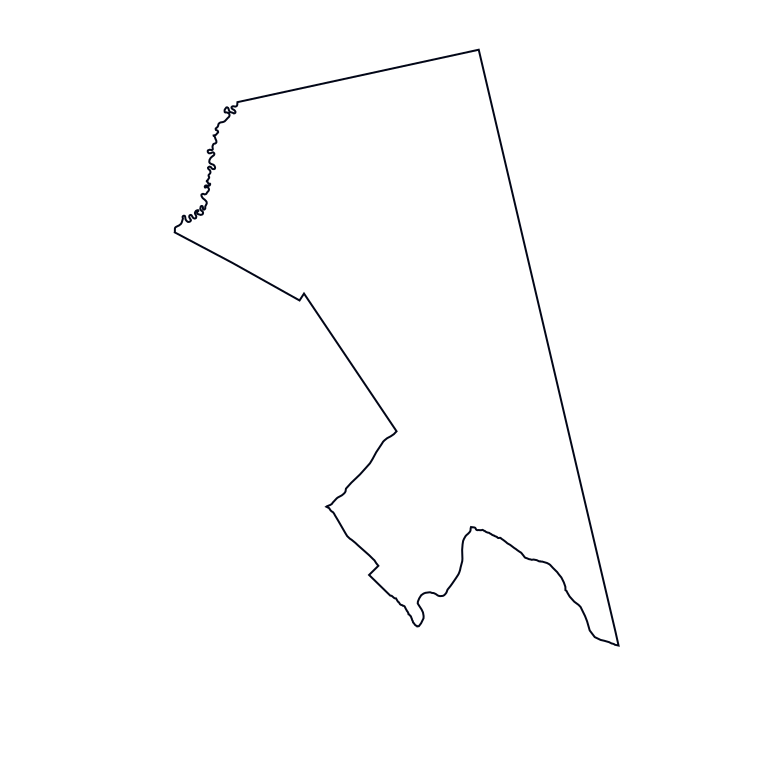 Chavuma, North-Western, Zambia, rotated 77°
{"feature_id": "96606910B52944150437375", "entity_name": "Chavuma", "entity_type": "district", "adm_level": 2, "iso_a3": "ZMB", "parent_name": "Zambia", "parent_adm1": "North-Western", "projection": "orthographic", "projection_center": [22.463, -13.294], "detail": "fine", "context": "isolated", "style": "outline", "palette": "ink", "viewbox_px": 768, "rotation_deg": 77, "n_neighbors": 0, "source": "geoboundaries", "source_scale": "gbopen_adm2", "svg_char_len": 6095}
<svg xmlns="http://www.w3.org/2000/svg" viewBox="0 0 768 768"><g transform="rotate(77 384 384)"><path d="M76.4,463.4L78.3,464.0L78.5,464.0L79.0,464.2L79.6,464.6L80.0,465.0L80.2,465.6L80.3,466.4L79.5,468.3L79.4,469.3L79.9,470.2L80.4,470.4L81.0,470.4L81.8,470.0L83.5,468.2L84.6,467.7L85.4,467.5L86.2,467.8L86.6,468.5L86.6,469.4L85.7,470.4L84.4,472.7L83.8,473.2L82.4,473.5L80.7,473.6L79.9,473.8L79.1,474.7L79.1,475.4L79.9,476.4L80.9,477.5L82.0,477.9L83.2,478.0L83.7,477.6L84.0,476.1L85.3,474.4L86.3,474.0L87.3,474.0L88.0,474.3L88.8,474.9L89.8,476.6L91.6,479.2L92.2,480.2L92.4,481.1L92.5,481.9L92.5,482.9L92.4,483.7L92.4,484.6L92.6,485.4L93.2,486.5L93.9,487.0L95.2,487.6L96.1,488.4L97.2,490.5L98.0,490.7L98.7,490.6L99.7,489.2L100.6,488.9L101.4,489.0L101.8,489.4L102.3,490.3L103.2,491.4L103.5,492.1L103.5,494.1L104.0,494.1L104.4,493.6L104.7,493.4L105.4,493.2L107.1,493.1L109.0,492.7L109.7,492.7L110.9,493.0L111.4,493.6L111.7,494.3L111.6,494.9L111.8,496.1L112.3,496.6L113.7,497.6L115.3,497.9L116.1,497.9L116.7,498.0L117.2,498.5L117.3,498.9L117.3,499.4L116.8,500.4L116.5,501.2L116.8,503.0L117.2,503.3L118.2,503.5L119.1,503.2L119.8,502.6L120.0,501.9L120.1,500.9L119.7,498.9L119.9,498.3L120.4,497.9L121.1,497.5L121.7,497.6L122.3,497.8L122.8,498.3L123.1,498.8L123.4,499.7L124.6,501.9L125.4,502.7L126.4,503.6L128.0,504.2L128.7,504.3L129.6,504.0L130.7,502.9L132.0,500.9L133.0,500.2L134.4,499.9L135.2,499.9L136.1,500.3L136.4,501.1L136.3,501.6L135.9,502.7L135.0,503.4L133.9,503.8L133.5,504.2L133.1,504.7L132.9,505.2L133.2,506.1L133.6,506.8L134.5,506.9L135.5,506.4L135.9,506.0L136.6,505.6L137.5,505.4L138.5,505.4L139.5,505.9L141.0,507.9L141.7,508.1L142.3,508.0L143.0,507.8L143.8,508.0L144.4,508.7L145.4,509.5L146.2,510.9L146.6,511.1L147.1,510.9L147.5,510.4L148.7,510.2L149.2,509.9L149.5,509.6L149.6,508.6L149.9,508.4L150.4,508.5L151.2,509.1L151.4,509.7L151.4,510.3L151.2,510.9L150.5,512.7L150.6,513.5L151.0,514.0L151.5,514.3L152.2,514.2L152.4,513.8L152.2,512.4L152.5,511.9L153.0,511.3L153.9,510.8L154.9,510.7L155.8,511.1L156.5,511.7L157.5,513.2L158.6,514.2L158.9,514.8L158.9,516.2L158.2,517.1L158.0,517.6L158.0,518.2L158.3,519.1L158.8,519.4L159.8,519.5L160.7,519.3L162.1,518.8L163.2,518.0L164.0,517.3L165.8,516.2L166.7,515.9L167.6,516.0L168.4,516.2L170.5,518.0L171.4,518.4L172.2,518.5L172.8,518.7L173.2,519.1L173.5,519.6L173.6,520.1L173.5,520.4L173.1,520.8L172.7,521.0L171.2,520.7L170.1,520.8L169.8,521.0L169.5,521.8L169.8,522.6L170.1,522.8L170.8,523.0L171.6,523.5L172.2,523.6L173.1,523.4L173.9,523.0L175.0,522.1L175.7,521.8L176.6,521.8L177.2,522.1L177.8,522.6L178.0,523.3L178.0,524.0L178.0,524.6L177.2,526.0L176.6,527.1L175.8,527.6L175.2,527.6L174.6,527.4L174.3,527.2L173.7,526.1L173.5,525.9L173.0,525.9L172.8,526.1L172.7,526.9L173.0,528.2L173.2,528.5L174.0,529.3L174.8,529.8L175.6,529.8L178.2,529.2L178.9,529.3L179.9,529.8L180.2,530.5L180.2,531.3L179.7,532.1L179.0,532.7L176.3,533.6L175.8,534.2L175.9,535.3L176.0,535.5L176.7,536.0L177.7,536.2L179.6,535.7L180.4,535.3L181.0,535.3L181.5,535.6L182.0,536.3L182.2,537.0L182.1,538.2L181.8,538.8L180.6,539.7L179.2,540.3L178.5,540.3L176.3,540.1L175.6,540.2L175.1,540.8L175.0,541.3L175.2,542.1L175.9,542.7L177.5,542.7L177.9,542.9L181.2,544.8L182.2,545.7L182.6,546.3L183.5,548.3L183.7,549.5L184.2,551.4L184.6,552.2L185.3,552.7L187.2,553.2L188.6,553.5L189.2,553.8L231.6,504.8L283.6,447.5L277.9,441.6L432.9,382.4L435.1,385.7L436.5,389.3L437.5,393.1L439.0,396.2L440.0,397.8L441.9,399.7L448.7,406.9L454.4,411.9L458.1,415.5L466.7,427.7L472.8,438.0L477.4,444.6L480.1,445.7L481.1,446.7L481.9,447.9L483.0,450.1L484.2,454.5L484.8,455.8L487.9,460.4L489.2,461.9L489.8,463.7L490.3,467.1L490.6,467.8L492.6,465.4L495.1,464.5L496.3,463.7L497.5,462.5L499.1,461.8L501.0,461.3L506.2,459.6L520.9,455.1L523.9,454.1L527.1,452.0L528.4,450.7L532.4,447.6L535.4,445.6L547.6,436.9L552.5,433.8L553.6,433.0L556.8,431.9L559.9,430.4L566.7,441.5L591.6,425.5L592.1,424.2L594.8,422.2L595.3,421.6L595.6,420.5L596.4,420.3L599.2,419.4L600.1,418.6L602.2,417.9L603.2,416.9L603.6,416.0L604.3,415.5L604.5,414.8L605.3,414.0L606.3,413.7L607.8,413.4L609.3,412.9L610.1,412.8L610.7,412.4L611.5,412.1L612.0,412.1L612.9,411.8L613.9,411.9L614.2,411.4L615.0,411.0L615.9,410.3L616.4,410.3L616.9,410.0L618.2,409.9L618.8,409.7L620.1,409.7L621.0,409.5L621.4,409.3L622.9,409.3L623.8,408.7L625.6,408.0L626.8,407.0L627.0,406.6L627.7,406.2L627.6,405.4L627.8,405.0L627.8,404.5L625.5,401.7L621.2,398.2L619.0,397.6L615.4,397.4L612.2,398.1L606.7,400.1L605.4,400.5L603.6,399.9L600.8,397.9L598.2,395.3L597.1,392.6L596.8,390.6L597.2,386.5L597.4,385.7L598.3,384.4L598.9,382.6L600.3,380.8L602.1,379.2L602.7,378.4L603.3,377.1L603.7,374.3L603.3,372.8L602.4,371.4L601.3,370.1L598.6,368.3L595.9,364.8L593.8,362.4L589.1,357.3L586.2,354.3L584.6,353.1L582.5,351.8L579.9,350.6L574.2,347.6L571.9,346.9L563.3,345.2L557.9,343.5L554.7,342.2L552.9,340.9L550.6,338.8L549.7,337.5L548.9,335.9L547.6,333.9L546.7,333.0L546.0,332.6L544.0,332.0L543.0,331.4L543.3,330.9L543.2,330.5L543.5,330.2L543.9,328.7L544.3,327.9L544.7,327.5L545.4,327.2L546.2,327.1L546.8,326.8L547.0,326.6L547.4,326.0L547.6,324.6L547.8,324.1L548.3,322.3L548.3,320.8L548.7,320.3L549.2,319.9L549.7,319.2L549.8,318.9L550.4,318.5L551.2,317.7L552.1,316.4L552.5,315.4L552.7,315.0L553.3,314.6L554.3,313.4L555.6,312.3L556.2,311.2L556.5,310.8L556.8,310.7L558.4,308.4L559.3,307.9L559.8,307.3L560.0,305.4L560.5,304.8L561.1,304.5L562.9,302.8L565.2,300.9L567.0,299.6L569.2,297.2L573.2,293.9L574.4,292.7L575.9,291.5L578.2,289.4L578.9,288.6L580.2,287.8L581.2,287.4L582.3,286.8L583.6,286.3L584.9,285.6L585.4,284.9L585.9,284.0L587.3,282.1L587.8,280.8L588.5,279.7L588.7,277.7L590.0,274.8L591.8,272.6L591.8,271.8L592.4,271.0L592.5,270.0L595.1,265.4L596.6,263.7L597.6,262.8L601.3,260.7L606.2,257.6L608.8,256.5L612.4,254.7L617.8,253.4L622.4,252.9L625.7,253.6L626.7,252.7L628.8,252.2L632.9,250.9L638.9,247.6L643.0,244.1L645.5,242.6L655.4,240.3L661.0,239.5L670.4,239.0L678.0,235.6L682.1,230.5L683.7,227.2L686.2,222.7L688.0,220.6L688.4,219.7L689.1,218.5L690.0,217.7L691.6,214.3L677.4,214.2L532.8,214.8L411.7,215.2L210.0,216.0L79.6,216.5L76.4,463.4Z" fill="none" stroke="#020617" stroke-width="2"/></g></svg>